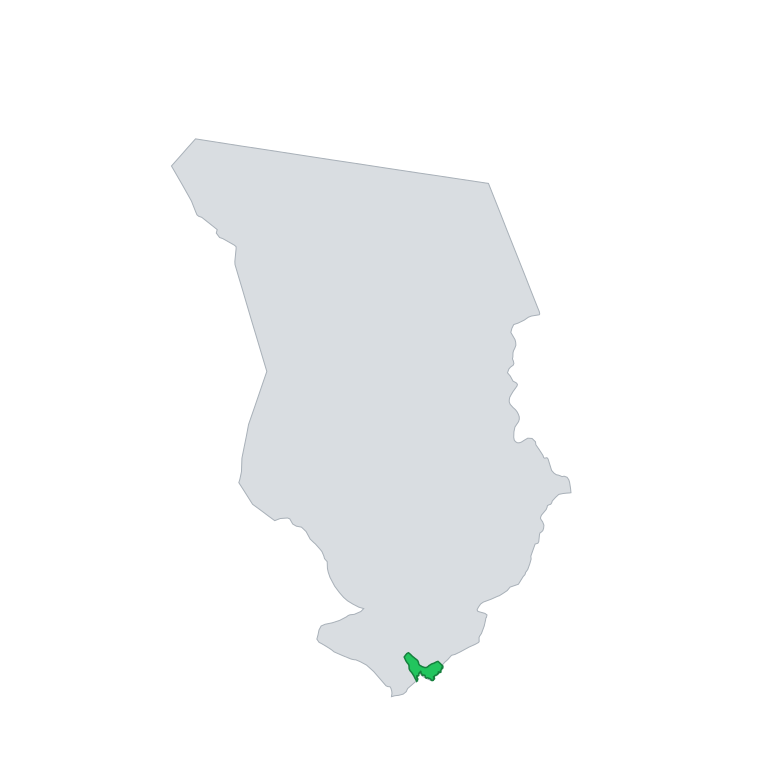 La Nya Pendé, Logone Oriental, Chad (highlighted), rotated 339°
{"feature_id": "50815135B51143570982343", "entity_name": "La Nya Pendé", "entity_type": "district", "adm_level": 2, "iso_a3": "TCD", "parent_name": "Chad", "parent_adm1": "Logone Oriental", "projection": "robinson", "projection_center": [16.781, 7.997], "detail": "fine", "context": "in_parent", "style": "filled", "palette": "green", "viewbox_px": 768, "rotation_deg": 339, "n_neighbors": 0, "source": "geoboundaries", "source_scale": "gbopen_adm2", "svg_char_len": 6853}
<svg xmlns="http://www.w3.org/2000/svg" viewBox="0 0 768 768"><g transform="rotate(339 384 384)"><path d="M553.4,234.2L553.6,250.7L553.8,267.3L553.9,283.9L554.1,300.4L554.3,317.0L554.5,333.5L554.6,350.1L554.8,366.6L554.9,372.1L554.5,374.3L554.3,374.6L553.7,375.0L546.0,373.4L542.6,373.4L537.9,374.6L530.9,375.2L526.4,375.0L523.3,377.9L520.9,381.3L522.2,389.5L521.9,392.2L521.0,395.1L518.9,397.5L516.8,399.4L515.6,401.1L514.0,404.9L512.9,406.6L513.0,408.9L512.6,411.4L511.4,412.7L508.1,413.6L506.0,414.7L504.4,416.5L503.3,417.8L503.9,419.5L504.7,421.8L505.2,425.5L505.5,427.6L507.1,429.4L508.1,430.7L508.4,432.2L507.5,433.5L503.6,436.1L502.0,437.1L500.2,438.5L499.5,439.0L496.6,441.5L495.2,443.8L494.5,445.6L494.5,448.2L496.0,452.1L497.6,455.3L498.3,457.8L498.6,460.5L498.5,463.1L497.7,465.3L496.2,467.3L490.8,471.1L488.1,475.3L486.0,480.3L485.5,483.1L486.1,484.9L487.2,486.5L488.9,487.3L491.2,487.5L495.2,486.7L498.8,486.1L502.7,487.9L504.7,492.2L504.0,495.2L505.4,500.9L506.8,507.6L506.7,509.9L507.3,510.8L509.7,511.2L510.3,512.8L509.5,524.7L510.7,528.0L512.3,530.4L514.2,531.6L516.0,533.2L517.0,534.3L519.1,534.6L521.5,536.7L522.2,539.6L522.0,542.4L520.7,548.5L519.6,552.5L518.2,552.2L515.3,551.3L511.9,550.4L507.6,549.7L503.6,551.3L499.2,553.5L497.9,555.1L496.6,556.0L494.7,555.9L493.0,556.1L492.0,557.6L490.4,559.3L484.1,562.8L482.8,564.1L482.0,565.3L482.0,566.7L482.7,569.5L482.7,573.1L481.3,575.9L479.7,577.8L477.8,578.6L476.3,578.9L475.3,580.1L472.0,586.6L470.6,587.8L467.7,587.6L459.4,597.3L458.6,600.2L455.6,604.2L451.7,608.7L448.3,610.9L448.0,611.7L447.1,612.6L445.0,613.6L437.7,619.1L428.9,618.8L425.0,621.0L421.2,621.9L415.7,623.0L414.0,622.9L406.9,623.3L398.6,623.2L395.4,624.0L392.4,626.0L390.2,627.9L389.9,628.5L390.2,629.3L390.1,629.9L396.0,634.3L397.4,636.5L395.9,638.7L395.2,639.0L394.2,640.8L390.8,645.9L385.6,651.8L383.0,653.6L381.9,654.7L380.5,658.6L379.6,659.2L376.1,659.7L369.0,660.1L359.3,661.4L353.4,661.9L349.8,661.5L344.6,664.2L342.8,664.9L341.7,665.2L336.6,667.8L332.4,672.0L330.9,672.7L325.0,674.5L322.6,677.3L321.5,677.6L317.7,673.8L315.1,670.4L313.8,667.0L313.7,665.9L313.0,666.1L310.9,667.6L309.1,669.3L308.2,672.6L302.1,674.9L296.9,676.8L294.5,679.2L290.8,680.4L286.1,679.9L282.4,678.9L278.9,678.6L280.6,675.6L281.2,673.3L281.4,670.6L281.1,668.8L279.0,667.8L277.7,666.4L274.6,657.8L271.4,648.9L267.0,640.2L262.2,634.6L258.7,631.3L257.5,630.8L255.7,629.7L254.5,628.8L248.1,622.8L241.4,616.2L239.7,613.2L236.4,608.7L232.7,604.0L230.8,601.9L229.9,598.1L232.4,594.7L235.2,590.3L238.6,587.4L242.9,587.2L250.1,588.4L257.9,588.8L265.6,587.9L267.6,587.3L269.6,587.3L273.7,588.4L280.9,588.1L284.6,586.4L280.6,583.4L276.3,578.6L272.3,573.4L269.8,568.7L267.6,562.6L265.5,555.1L264.3,545.3L264.5,539.8L265.1,535.9L267.3,529.5L265.9,525.7L266.2,522.7L266.0,518.2L265.3,515.9L262.5,508.4L262.0,507.6L259.5,502.4L258.4,493.8L255.7,488.1L251.2,485.3L248.6,482.0L247.7,476.1L245.9,474.5L238.9,472.4L233.0,472.4L228.7,465.7L223.3,457.1L218.2,449.2L215.0,433.2L213.1,424.1L215.3,421.3L219.5,414.8L224.8,402.3L237.0,383.1L243.1,373.2L255.5,358.5L270.6,340.4L279.1,330.3L280.5,311.7L282.0,292.1L283.1,277.2L284.5,259.6L285.7,244.9L286.5,234.2L287.7,219.1L288.7,216.1L294.6,204.3L295.1,202.7L294.0,200.7L285.6,190.5L283.0,188.3L281.5,183.0L283.6,180.1L273.6,163.1L271.1,161.0L270.0,159.0L269.9,155.9L269.8,144.2L267.1,125.7L263.7,104.3L275.5,98.2L284.4,93.5L295.9,87.6L306.5,93.7L321.8,102.5L337.1,111.3L352.5,120.0L367.9,128.8L383.3,137.6L398.7,146.4L414.1,155.2L429.5,163.9L445.0,172.7L460.4,181.5L475.9,190.3L491.4,199.1L506.9,207.8L522.4,216.6L537.9,225.4L553.4,234.2Z" fill="#d9dde1" stroke="#a8b0b8" stroke-width="1"/><path d="M316.5,659.4L316.1,658.0L316.4,656.0L316.3,654.3L315.7,653.0L315.1,652.1L314.5,651.1L313.8,649.8L313.2,648.9L312.6,647.7L311.9,646.0L311.1,644.6L310.6,643.7L309.7,643.7L308.6,643.9L307.6,644.5L306.8,644.9L306.0,645.5L305.0,646.1L305.1,647.7L305.2,649.8L305.4,651.2L305.8,652.8L306.2,653.8L306.5,655.5L306.0,657.1L305.4,659.0L305.6,661.0L306.2,662.6L306.7,664.3L307.0,666.0L307.3,667.5L307.4,669.3L307.6,670.7L307.7,671.6L307.8,672.0L307.9,672.6L308.0,672.9L308.0,673.3L308.4,673.1L308.7,673.1L308.7,672.9L308.8,672.8L309.0,672.7L309.2,672.4L309.3,672.2L309.5,671.9L309.8,671.7L309.9,671.3L309.8,671.2L309.7,671.2L309.5,670.8L309.4,670.8L309.5,670.5L309.7,670.4L309.8,670.3L309.6,669.8L309.4,669.6L309.4,669.3L309.7,669.1L310.0,668.5L310.2,668.1L310.3,668.1L310.5,668.2L310.8,668.3L310.7,668.6L310.8,668.7L310.8,668.8L311.5,668.7L311.8,668.7L312.0,668.6L312.0,668.4L312.0,668.2L312.3,667.8L312.5,667.6L312.6,667.4L312.7,666.7L312.8,666.6L313.1,666.6L313.3,666.6L313.6,666.2L313.9,666.3L314.2,666.3L314.2,666.2L314.3,666.1L314.2,666.0L314.2,665.9L314.3,665.8L314.7,665.7L315.0,665.6L315.3,665.4L315.4,665.5L315.3,666.0L315.0,666.4L315.0,666.9L315.0,667.0L314.9,667.1L315.2,667.4L315.2,667.7L315.2,667.9L315.3,668.0L315.4,668.4L315.3,668.5L315.4,669.3L315.3,669.5L315.6,669.7L315.9,669.9L316.0,669.9L316.2,669.7L316.3,669.7L316.5,669.7L316.6,669.8L317.1,670.2L317.7,670.6L317.8,670.9L317.6,671.7L317.6,672.1L317.6,672.3L317.6,672.5L317.6,672.9L317.6,673.1L317.8,673.3L318.1,673.4L318.1,673.5L318.2,673.8L318.4,673.9L318.5,673.9L318.8,673.8L319.0,673.8L319.4,673.9L319.6,673.9L319.7,674.0L319.8,674.2L319.9,674.4L320.0,674.5L320.3,674.7L320.3,674.8L320.5,675.0L320.8,675.1L321.0,675.3L321.2,675.5L321.8,676.3L321.9,676.6L321.9,677.1L322.0,677.4L322.2,677.5L322.3,677.6L322.3,677.8L322.4,678.0L322.5,678.1L322.9,678.2L323.1,678.2L323.4,678.3L323.5,678.3L323.5,678.2L324.1,678.1L324.3,677.9L324.3,677.5L324.4,677.4L324.5,677.3L325.0,677.5L325.3,677.5L325.5,677.3L325.6,677.2L325.5,676.9L325.2,676.8L325.2,676.7L325.2,676.3L325.4,676.0L325.5,675.8L325.3,675.5L325.2,675.4L325.2,675.2L325.3,675.1L326.0,675.5L326.1,675.2L326.2,674.9L326.3,674.8L326.5,674.7L327.1,674.4L327.3,674.4L327.5,674.6L327.8,674.7L328.1,674.4L328.3,674.6L328.5,674.5L329.9,674.4L330.0,673.9L330.1,673.7L330.4,673.8L330.6,673.8L330.9,673.8L331.1,673.6L331.3,673.6L331.5,673.5L331.5,673.2L331.4,672.9L331.4,672.7L331.4,672.4L331.5,672.3L331.9,672.5L332.0,672.4L332.3,672.5L332.5,672.9L332.6,673.2L332.9,673.4L333.1,673.4L333.3,673.4L333.6,673.3L333.8,673.3L333.8,673.2L333.8,672.9L333.9,672.7L334.2,672.5L334.0,672.1L334.0,671.9L334.2,671.7L335.0,671.3L335.4,671.3L335.5,671.1L335.7,670.9L335.6,670.5L335.7,670.3L335.9,670.2L336.0,669.8L336.1,669.7L336.3,669.7L336.5,669.8L336.9,670.3L337.0,670.3L337.3,670.0L337.3,669.9L337.3,669.7L337.2,669.2L337.2,668.9L337.3,668.8L337.5,668.7L337.8,668.5L337.8,668.4L337.7,668.3L337.8,668.3L337.4,667.3L337.3,667.0L337.1,666.7L336.0,664.3L335.0,662.3L333.9,662.2L332.4,662.3L330.9,662.5L329.8,662.5L328.7,662.4L327.6,662.5L326.4,662.8L325.1,663.0L323.8,663.6L322.8,663.8L321.7,663.8L320.3,663.2L319.1,662.2L317.9,661.1L317.4,660.3L316.5,659.4Z" fill="#22c55e" stroke="#15803d" stroke-width="1.5"/></g></svg>